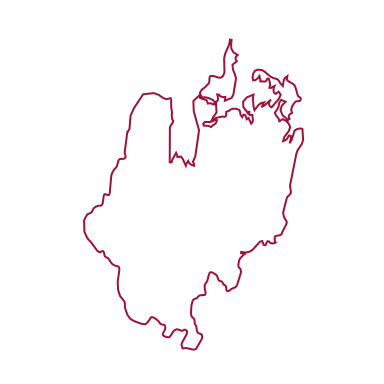 outline of Mayo, rotated 98°
{"feature_id": "IRL-714", "entity_name": "Mayo", "entity_type": "County", "adm_level": 1, "iso_a3": "IRL", "parent_name": "Ireland", "parent_adm1": "", "projection": "natural_earth1", "projection_center": [-9.466, 53.907], "detail": "fine", "context": "isolated", "style": "outline", "palette": "rose", "viewbox_px": 384, "rotation_deg": 98, "n_neighbors": 0, "source": "natural_earth", "source_scale": "10m", "svg_char_len": 6003}
<svg xmlns="http://www.w3.org/2000/svg" viewBox="0 0 384 384"><g transform="rotate(98 192 192)"><path d="M141.4,264.4L141.4,264.0L138.1,262.7L125.2,263.5L117.1,261.2L102.0,254.0L99.4,243.4L100.5,238.3L102.6,234.4L103.7,230.7L102.1,226.3L103.8,225.4L110.9,224.4L115.9,222.9L120.3,222.5L122.3,222.0L124.2,220.5L125.3,220.4L129.1,222.3L131.1,222.9L165.6,218.2L165.6,216.4L162.8,216.0L155.4,213.2L158.0,211.7L159.2,211.5L159.2,209.9L158.4,208.0L160.4,205.8L166.8,201.8L165.3,201.7L161.8,200.1L163.3,199.2L164.5,197.7L165.3,195.8L165.7,193.6L163.6,194.1L161.9,195.3L156.5,193.7L130.0,193.6L111.8,201.5L101.7,203.3L95.6,198.4L97.9,197.0L99.0,190.4L102.2,188.6L101.6,186.4L101.6,185.4L102.2,183.7L102.2,182.2L100.8,182.2L100.8,180.6L109.7,178.8L111.3,179.5L115.4,181.7L118.0,182.2L120.1,183.5L120.9,189.1L123.0,190.4L124.6,189.6L124.5,187.7L124.2,185.1L125.0,182.2L123.2,180.8L121.7,179.0L120.0,177.7L117.4,177.4L117.4,178.8L118.5,180.6L116.4,180.0L115.2,178.3L113.0,172.4L113.1,170.2L112.2,169.1L111.0,168.9L107.9,169.2L107.3,168.4L106.7,166.9L105.3,165.6L104.0,163.6L103.4,160.1L104.2,156.5L106.3,155.4L108.7,154.8L110.9,152.7L108.3,151.8L108.2,150.4L109.9,149.0L112.3,148.0L110.9,146.3L116.1,142.9L114.3,141.8L112.2,141.7L107.3,142.9L107.8,144.9L107.6,145.8L106.6,146.1L104.7,146.3L104.7,148.0L105.9,148.0L100.6,153.0L95.4,153.9L90.7,150.9L87.0,144.7L90.6,144.8L98.9,142.9L102.3,141.5L96.6,138.3L94.4,136.0L93.3,133.2L94.5,133.8L97.1,134.4L98.3,134.9L95.9,132.1L89.5,126.7L92.0,128.0L94.2,128.1L96.0,127.0L97.1,125.0L87.5,118.9L83.3,117.7L80.6,120.2L83.2,122.7L82.2,124.7L79.1,125.7L75.5,125.0L77.2,127.5L78.0,128.3L78.0,129.9L75.4,129.6L73.1,130.0L69.2,131.7L69.2,133.2L71.6,133.9L72.5,135.3L72.9,139.8L71.3,139.9L67.7,141.5L70.2,142.7L72.5,144.9L72.9,147.0L69.7,148.0L66.2,147.8L63.5,146.8L61.8,144.4L61.5,139.8L62.6,137.0L66.9,130.2L67.8,127.5L68.4,123.2L70.0,121.2L72.1,119.7L74.3,116.8L68.5,116.7L66.1,115.8L64.0,113.7L67.6,113.7L69.2,111.5L70.3,108.3L71.8,105.6L73.8,104.2L82.0,100.5L82.8,99.5L83.2,98.3L84.0,97.4L85.8,97.3L86.9,98.1L87.3,99.5L87.6,101.0L88.2,102.2L90.6,103.6L93.8,104.9L97.1,105.2L99.7,103.8L101.1,105.7L102.6,106.7L104.2,106.7L106.0,105.6L106.3,106.3L106.3,106.7L106.5,106.9L107.4,107.0L103.3,113.0L98.9,115.7L94.2,115.2L89.6,111.9L88.4,116.6L91.3,118.0L95.6,118.2L99.0,119.4L102.0,121.0L104.6,119.3L107.1,116.6L109.8,115.3L107.3,112.4L108.5,108.6L111.5,105.2L114.3,103.8L118.3,104.7L124.8,108.3L128.9,108.8L127.8,106.8L126.4,105.5L122.6,103.8L122.6,102.2L124.4,101.6L126.1,101.5L130.2,102.2L126.7,100.6L117.0,99.0L115.0,96.6L113.9,93.1L114.3,91.4L125.1,89.2L129.1,89.9L136.1,93.3L139.7,94.0L171.5,95.8L173.5,95.5L177.0,94.3L179.0,94.0L180.7,94.5L183.2,96.6L184.7,97.3L199.4,98.9L201.2,98.5L203.4,97.6L205.6,96.3L207.0,94.9L208.7,93.9L211.0,94.2L219.3,97.1L220.9,97.3L222.3,98.3L223.8,102.8L224.7,103.8L228.0,103.4L229.9,102.9L230.3,102.2L231.5,104.0L231.8,105.9L231.4,107.6L230.3,108.8L230.3,110.4L234.4,111.9L234.4,113.7L230.8,115.6L231.7,117.8L240.7,123.9L243.0,126.6L244.5,130.3L244.5,134.9L245.7,134.9L245.9,130.3L246.3,131.6L250.9,135.0L252.0,135.5L253.2,135.8L257.2,136.0L258.6,135.8L259.7,135.5L260.4,134.9L261.3,133.5L262.1,133.0L264.3,132.4L265.5,132.4L277.7,134.4L279.3,135.1L280.3,135.9L282.5,139.4L284.9,141.9L285.2,143.0L285.0,143.8L284.2,144.3L281.1,145.1L280.3,145.6L279.8,146.3L279.1,147.9L276.9,149.6L276.4,150.3L276.2,152.1L275.9,152.9L275.4,153.6L271.9,155.3L270.9,156.3L270.2,157.4L268.8,160.8L268.9,162.6L269.9,163.4L271.7,163.8L278.0,164.5L281.4,166.1L282.8,166.5L286.1,165.9L289.1,164.7L290.2,164.5L291.3,164.6L292.1,165.0L292.4,166.1L292.5,167.1L293.4,170.1L293.8,170.6L296.5,172.6L297.8,175.1L299.4,176.2L304.5,176.8L312.6,176.1L314.4,175.6L315.8,174.5L317.3,172.3L318.3,171.8L319.6,171.4L321.8,171.1L323.7,169.5L324.4,169.1L328.3,168.0L330.0,167.1L330.6,166.5L331.0,165.7L331.3,163.8L331.6,163.0L332.2,162.4L333.1,162.0L334.1,161.7L336.6,162.0L346.9,166.2L347.5,167.2L347.9,168.7L347.3,176.0L348.2,179.6L344.8,181.1L342.6,180.9L333.6,177.5L331.6,177.4L330.3,177.8L329.5,178.8L329.3,179.8L329.5,180.6L330.6,182.0L330.9,182.8L330.0,187.0L330.1,187.9L330.5,188.8L330.9,189.6L332.0,190.7L338.4,193.8L339.0,194.4L339.2,195.5L339.2,197.1L338.6,199.7L337.7,200.8L336.6,201.2L335.6,201.0L332.7,199.8L331.5,199.6L330.1,199.6L328.5,199.9L327.7,200.6L327.3,201.5L327.4,203.5L327.0,204.9L324.5,207.4L323.3,209.1L321.8,212.2L321.5,213.8L321.7,215.0L327.7,218.1L329.0,219.3L329.4,220.1L329.6,221.9L329.4,224.7L327.9,231.3L326.8,234.1L325.8,235.9L322.7,238.8L316.8,241.9L314.8,242.5L312.6,242.8L309.9,243.6L305.0,248.8L299.3,251.5L291.5,253.1L279.1,253.1L277.1,253.6L276.0,254.4L275.7,257.3L275.5,258.3L274.9,260.0L274.2,261.1L273.2,262.4L269.6,265.4L268.9,266.5L268.7,267.7L268.0,269.1L266.8,269.8L264.7,270.5L263.6,271.1L263.0,271.8L263.0,272.6L263.4,273.4L264.5,274.7L264.3,276.0L263.3,277.7L255.9,284.9L252.9,288.6L251.3,289.9L246.9,292.7L245.2,293.3L242.1,293.7L236.2,294.8L234.8,294.8L231.6,293.8L228.9,292.6L228.3,292.0L227.1,289.8L226.3,289.0L225.6,288.4L222.8,287.5L221.2,286.6L219.9,285.2L219.2,283.9L218.7,282.8L218.1,280.1L217.1,279.4L215.3,278.8L208.4,278.9L206.8,278.6L206.3,277.9L206.1,277.2L206.7,275.5L206.7,274.6L206.5,273.8L204.6,273.3L186.8,274.2L184.5,273.8L180.7,272.4L178.6,270.8L177.5,270.2L176.7,269.9L171.6,269.3L170.6,269.1L169.8,268.5L169.3,267.8L168.8,264.8L168.4,263.8L167.3,262.7L166.1,262.7L164.9,263.1L163.3,264.0L161.8,264.2L141.4,264.4ZM91.9,180.6L94.1,179.7L96.2,179.2L98.1,179.4L99.5,180.6L99.5,182.2L98.0,184.1L96.8,187.9L96.3,192.0L97.0,195.3L92.9,198.1L89.4,196.6L85.9,193.2L81.8,190.4L79.3,190.2L76.8,190.6L74.8,190.2L74.1,187.9L74.5,184.4L75.0,181.7L74.8,179.4L72.8,177.4L69.0,176.5L55.0,178.8L49.9,178.3L40.7,175.7L35.8,175.6L35.8,174.0L40.6,173.8L44.6,173.0L47.8,170.5L50.0,165.8L51.5,167.2L53.0,167.6L54.6,167.2L56.3,165.8L60.3,169.6L65.0,168.5L69.7,165.8L73.5,164.2L89.7,164.6L93.2,165.8L97.0,172.2L93.2,172.2L93.7,174.1L93.6,176.0L93.0,177.6L91.9,178.8L91.9,180.6Z" fill="none" stroke="#9f1239" stroke-width="2"/></g></svg>